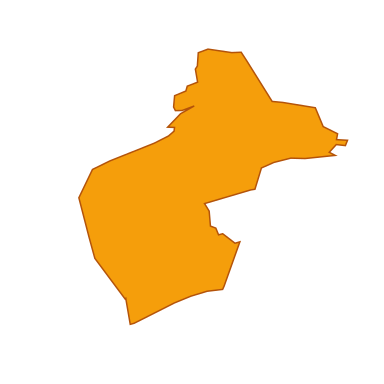 the district of Huntingdon, Pennsylvania, United States of America, rotated 38°
{"feature_id": "52423323B28488791347792", "entity_name": "Huntingdon", "entity_type": "district", "adm_level": 2, "iso_a3": "USA", "parent_name": "United States of America", "parent_adm1": "Pennsylvania", "projection": "equal_earth", "projection_center": [-77.953, 40.403], "detail": "fine", "context": "isolated", "style": "filled", "palette": "amber", "viewbox_px": 384, "rotation_deg": 38, "n_neighbors": 0, "source": "geoboundaries", "source_scale": "gbopen_adm2", "svg_char_len": 882}
<svg xmlns="http://www.w3.org/2000/svg" viewBox="0 0 384 384"><g transform="rotate(38 192 192)"><path d="M260.4,201.8L257.4,205.9L241.9,206.0L239.3,209.4L233.0,205.8L227.5,207.5L217.3,196.5L209.0,193.4L237.0,154.2L239.9,151.1L231.9,130.3L238.3,118.3L249.0,104.5L260.5,96.0L282.3,75.0L275.7,76.2L276.5,65.8L284.3,61.0L282.7,55.5L273.6,61.8L270.9,56.5L255.1,59.7L237.3,49.7L208.3,65.6L199.4,71.3L154.6,55.0L144.7,51.6L137.5,57.7L116.6,69.6L111.2,78.4L118.7,89.5L119.0,93.1L128.8,102.0L123.1,111.5L125.0,116.2L119.0,126.8L125.2,136.4L128.8,138.1L134.0,133.9L140.8,122.8L134.8,137.3L132.9,155.9L138.5,151.9L140.4,155.1L139.0,162.3L132.2,176.8L108.2,218.0L99.7,235.5L106.4,266.2L138.7,291.0L156.3,304.1L205.2,317.5L205.3,316.6L224.8,334.3L227.2,331.1L246.4,290.3L255.3,274.7L265.0,260.9L276.1,249.9L275.3,246.6L260.4,201.8Z" fill="#f59e0b" stroke="#b45309" stroke-width="1.5"/></g></svg>